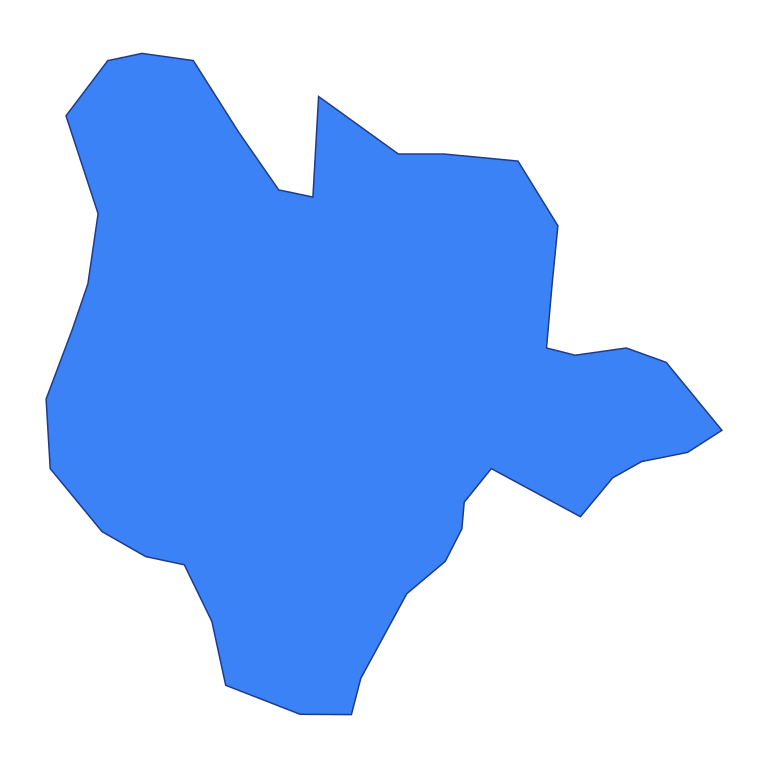 an SVG outline of Srbica
{"feature_id": "KOS-5896", "entity_name": "Srbica", "entity_type": "District", "adm_level": 1, "iso_a3": "XKX", "parent_name": "Kosovo", "parent_adm1": "", "projection": "natural_earth1", "projection_center": [20.758, 42.727], "detail": "fine", "context": "isolated", "style": "filled", "palette": "blue", "viewbox_px": 768, "rotation_deg": 0, "n_neighbors": 0, "source": "natural_earth", "source_scale": "10m", "svg_char_len": 613}
<svg xmlns="http://www.w3.org/2000/svg" viewBox="0 0 768 768"><path d="M50.2,468.6L46.1,399.1L72.3,329.5L87.9,283.8L98.1,213.7L66.0,115.8L107.8,60.6L142.0,53.4L193.3,60.6L238.8,132.4L278.7,189.9L312.9,197.1L318.6,96.5L398.3,154.0L443.9,154.0L518.0,161.1L557.9,225.8L552.2,283.3L546.5,348.0L575.0,355.2L626.3,348.0L666.2,362.4L721.9,430.3L687.5,452.4L641.5,461.6L612.6,477.9L580.4,516.7L491.3,468.6L464.2,502.2L461.9,528.8L445.3,561.3L406.8,593.7L360.8,678.3L351.4,714.6L300.1,714.3L225.7,685.3L211.9,621.5L184.3,564.8L145.7,556.6L102.1,531.7L50.2,468.6Z" fill="#3b82f6" stroke="#1e3a8a" stroke-width="1.5"/></svg>